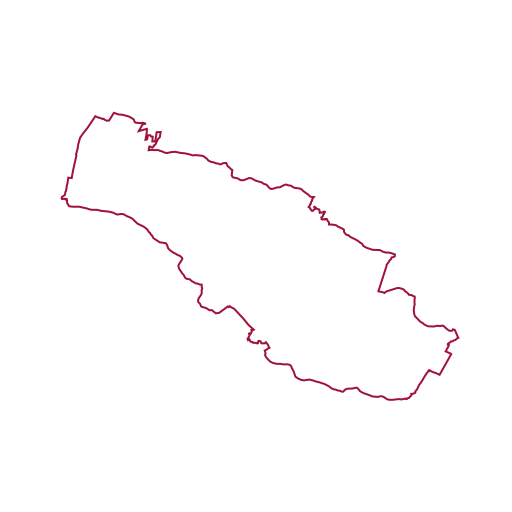 Dragotesti, Gorj, Romania (Natural Earth projection), rotated 342°
{"feature_id": "2599482B98369166749255", "entity_name": "Dragotesti", "entity_type": "district", "adm_level": 2, "iso_a3": "ROU", "parent_name": "Romania", "parent_adm1": "Gorj", "projection": "natural_earth1", "projection_center": [23.147, 44.809], "detail": "fine", "context": "isolated", "style": "outline", "palette": "rose", "viewbox_px": 512, "rotation_deg": 342, "n_neighbors": 0, "source": "geoboundaries", "source_scale": "gbopen_adm2", "svg_char_len": 6114}
<svg xmlns="http://www.w3.org/2000/svg" viewBox="0 0 512 512"><g transform="rotate(342 256 256)"><path d="M422.2,387.7L420.7,386.6L419.7,387.6L417.8,387.3L416.9,386.9L416.2,386.1L414.5,383.7L413.1,381.0L411.7,379.7L409.3,379.5L407.0,378.4L403.3,378.0L398.1,376.1L396.3,374.6L394.7,372.9L394.1,371.7L391.8,369.0L388.7,362.5L388.5,361.7L388.6,359.6L389.0,358.2L389.2,356.3L391.1,352.4L391.9,351.2L392.7,348.0L394.2,344.5L394.4,343.6L393.1,342.7L392.0,341.3L389.5,340.2L389.2,339.0L388.7,338.0L386.6,335.1L386.5,334.0L385.0,332.5L382.3,330.7L380.2,330.1L369.9,330.0L368.5,330.1L366.8,330.9L365.6,329.8L361.5,327.4L377.0,305.9L377.6,304.6L380.4,302.7L381.7,301.4L383.5,300.7L384.4,299.3L386.8,299.5L388.1,299.0L388.5,297.2L387.7,296.9L386.4,295.7L384.2,294.2L382.1,293.3L380.2,292.8L379.4,292.0L377.6,290.8L376.1,289.0L375.6,288.6L368.9,286.2L364.0,282.6L361.9,280.5L361.1,279.4L360.7,277.2L358.7,274.8L358.0,273.6L355.7,271.0L352.0,267.4L351.1,266.4L350.6,265.0L349.0,264.1L348.3,263.4L347.3,260.9L347.3,259.7L347.8,258.3L347.6,257.8L345.0,255.1L343.3,253.7L341.8,251.6L338.5,249.8L335.2,248.6L335.8,246.6L335.0,244.8L334.8,242.8L333.7,242.3L332.9,242.7L332.3,241.9L330.5,241.9L329.7,241.1L330.2,240.3L330.1,239.5L330.9,239.5L332.2,238.5L332.3,238.0L334.4,236.3L335.1,235.3L334.8,235.2L334.6,235.5L334.5,234.9L334.1,234.8L334.0,235.5L333.3,235.7L332.3,235.0L331.1,234.7L330.0,234.7L330.0,233.7L330.4,233.0L330.5,231.3L328.8,230.2L326.9,227.3L326.5,227.4L327.1,228.6L326.7,229.6L325.8,229.6L324.1,230.5L323.3,230.5L322.6,229.2L322.1,227.0L321.2,225.7L322.8,224.6L323.5,223.5L324.3,223.3L324.5,222.6L325.7,221.1L326.5,220.7L326.6,219.9L328.1,218.5L329.2,217.8L326.9,216.9L325.9,216.2L324.6,213.7L321.1,209.0L320.3,207.3L319.4,206.1L318.0,205.1L314.0,203.2L312.4,201.9L311.5,200.5L310.1,199.4L308.7,198.9L306.9,197.5L306.0,197.2L304.1,197.3L300.1,198.0L297.1,197.3L292.9,197.3L290.9,196.8L289.6,195.3L288.2,191.8L287.6,191.1L285.6,189.7L284.2,187.8L278.9,184.2L275.8,180.8L273.6,179.7L267.9,180.1L265.6,179.5L264.4,178.7L262.5,176.5L258.4,174.1L258.0,173.2L257.8,171.7L259.5,168.2L260.0,166.7L259.3,166.2L258.2,163.9L256.8,161.8L256.4,158.3L253.4,157.5L251.4,157.9L249.8,157.6L249.0,156.6L246.9,155.7L244.3,153.6L242.6,152.8L240.2,150.5L239.2,148.0L238.5,147.4L237.8,146.0L236.1,144.2L230.1,141.5L226.8,140.7L223.9,138.6L220.1,136.4L216.6,134.9L211.2,131.9L207.5,131.0L203.4,130.6L201.1,129.5L198.9,127.4L197.3,126.5L196.6,125.7L194.7,124.5L193.1,124.3L190.4,123.1L186.6,122.2L188.4,118.9L188.9,118.9L189.7,119.6L189.9,120.2L190.9,120.9L192.6,120.2L192.7,119.5L193.0,119.3L194.8,118.9L198.7,114.7L201.3,113.2L203.6,108.6L199.7,107.6L198.3,110.6L195.5,115.9L192.8,115.0L194.7,110.6L193.1,109.9L192.8,108.5L190.5,107.8L188.5,111.4L186.8,111.3L189.6,106.2L191.5,101.8L191.5,101.3L183.1,101.0L188.3,96.2L189.4,95.8L191.5,96.0L191.5,95.7L189.5,94.3L187.1,93.9L182.5,91.9L182.1,91.1L181.9,88.2L178.4,84.2L173.0,80.6L169.0,78.9L165.1,75.9L158.1,81.8L156.8,81.3L155.9,81.3L154.1,79.6L153.7,78.7L153.1,78.5L152.7,78.0L152.2,78.1L149.4,75.8L148.8,75.7L146.4,73.4L135.6,81.9L130.0,85.6L125.3,89.1L121.6,94.6L119.6,98.6L116.2,103.9L116.4,104.7L108.5,118.0L104.8,124.9L101.7,123.5L99.0,128.9L97.7,130.7L97.3,131.9L95.2,135.6L94.5,136.2L93.5,138.3L92.8,139.0L89.7,139.9L89.1,140.7L88.9,141.4L89.2,141.9L91.7,142.5L92.5,143.5L93.2,143.0L93.6,143.3L93.4,144.0L93.5,144.5L93.0,146.2L92.8,148.0L93.3,149.1L93.5,150.8L95.8,152.0L99.2,153.3L102.7,154.3L110.0,158.6L111.6,159.9L113.6,161.1L119.7,163.2L122.1,164.9L129.9,168.4L133.6,170.7L135.6,172.7L136.8,173.7L140.4,174.3L142.1,174.9L143.2,175.6L145.4,178.1L147.6,179.9L149.9,182.2L153.1,188.4L158.2,193.3L160.5,196.6L160.9,197.4L161.4,199.8L162.4,201.3L162.5,202.7L163.6,204.9L163.9,207.1L164.5,208.1L168.8,213.3L173.8,215.7L174.3,216.2L174.8,218.2L174.8,221.4L175.8,223.7L178.6,227.5L180.2,228.9L181.9,231.0L183.7,232.3L184.9,234.5L185.1,235.8L183.5,237.4L179.8,240.4L179.2,241.3L179.0,242.4L179.0,244.7L180.5,249.8L181.3,251.5L182.0,255.0L182.4,255.6L183.1,256.3L185.7,257.6L187.1,260.0L190.4,263.5L192.0,264.2L193.4,265.6L195.5,266.5L194.8,268.6L194.9,270.2L193.6,271.9L193.0,274.5L191.6,276.1L188.2,278.7L187.0,280.8L186.9,281.9L188.0,284.2L188.2,286.9L189.0,287.8L192.1,289.8L195.3,293.4L196.8,293.6L197.4,294.0L200.1,298.1L203.3,298.7L213.6,295.3L214.3,296.2L215.5,295.6L216.5,297.0L219.0,299.6L224.6,311.6L227.5,319.1L231.1,325.4L230.0,325.6L229.6,325.4L229.3,324.9L228.8,324.9L228.7,326.2L227.3,328.1L226.3,328.3L225.8,327.5L225.4,327.6L225.3,327.9L225.8,328.8L225.8,329.1L223.8,331.0L223.7,331.6L222.5,331.9L222.4,332.5L223.2,332.9L222.7,333.6L224.1,333.7L224.1,335.3L224.6,336.0L226.1,336.7L226.1,337.3L226.4,337.6L229.2,338.7L230.2,339.6L230.9,339.5L231.6,338.0L232.0,337.6L232.8,337.8L234.0,338.6L233.9,339.8L234.3,340.8L237.5,341.8L238.1,341.2L238.9,341.1L239.8,343.9L240.4,347.5L238.5,347.7L237.7,348.2L235.1,348.6L235.0,351.6L234.2,352.6L234.0,353.0L234.3,355.4L236.6,360.4L238.7,362.7L242.2,364.9L245.5,366.0L249.4,367.9L251.3,368.3L253.2,369.1L254.8,370.3L255.4,371.5L255.5,373.9L256.1,377.1L256.2,382.9L258.0,385.3L260.8,387.9L263.2,389.1L268.6,390.0L272.2,392.3L274.4,394.0L277.1,395.6L281.7,399.0L285.4,402.8L286.3,404.5L288.9,407.0L290.4,407.6L292.1,409.1L293.6,409.8L296.2,411.8L297.1,411.9L299.4,410.7L300.8,410.4L302.4,410.6L306.9,411.9L309.4,412.0L310.8,412.3L311.5,412.7L311.9,413.4L313.1,416.5L314.4,418.2L316.2,419.9L321.0,423.5L323.2,425.5L328.1,427.6L330.9,427.8L332.4,428.3L334.3,430.0L336.5,432.9L338.7,434.1L342.7,435.3L345.0,435.6L348.4,436.5L350.0,437.4L354.1,437.7L354.3,437.8L354.3,438.3L355.5,438.6L356.0,438.2L357.9,438.2L358.6,437.6L359.8,437.1L360.2,436.5L360.8,436.3L361.4,435.7L361.3,435.2L362.5,435.6L363.2,435.4L364.7,435.5L365.5,434.9L365.5,434.3L365.8,433.9L368.1,432.5L371.4,428.9L373.4,427.7L380.5,421.5L385.0,418.2L385.4,418.9L386.0,418.5L387.4,420.2L389.4,421.9L390.2,422.3L393.9,425.7L411.4,409.6L411.1,409.1L406.9,405.3L411.4,401.1L411.9,400.2L411.0,399.6L411.3,398.9L412.3,398.4L413.6,398.3L414.8,397.5L416.2,397.9L418.3,397.4L419.8,397.5L422.1,396.3L423.1,396.4L422.2,387.7Z" fill="none" stroke="#9f1239" stroke-width="2"/></g></svg>